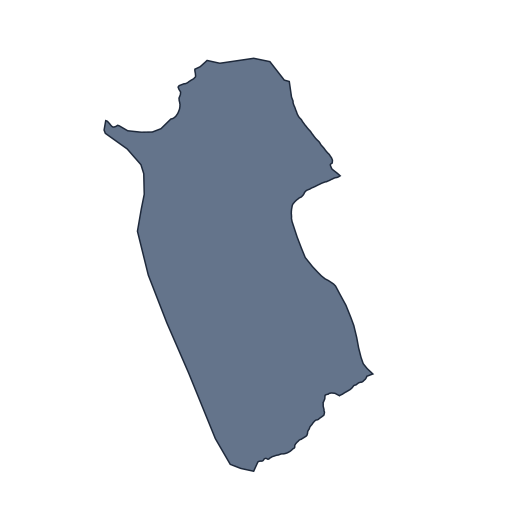 Arhab, Sana'a, Yemen (Robinson projection), rotated 159°
{"feature_id": "15242507B7161166402599", "entity_name": "Arhab", "entity_type": "district", "adm_level": 2, "iso_a3": "YEM", "parent_name": "Yemen", "parent_adm1": "Sana'a", "projection": "robinson", "projection_center": [44.216, 15.8], "detail": "fine", "context": "isolated", "style": "filled", "palette": "slate", "viewbox_px": 512, "rotation_deg": 159, "n_neighbors": 0, "source": "geoboundaries", "source_scale": "gbopen_adm2", "svg_char_len": 5969}
<svg xmlns="http://www.w3.org/2000/svg" viewBox="0 0 512 512"><g transform="rotate(159 256 256)"><path d="M347.8,436.2L352.7,428.0L352.7,424.5L339.8,405.0L337.9,402.1L330.7,382.5L331.3,373.0L337.4,356.0L338.2,353.7L346.3,340.9L357.8,321.6L363.4,276.8L363.2,225.6L360.8,170.5L359.4,100.1L354.7,70.7L346.3,63.1L335.3,55.9L328.1,63.0L327.4,63.2L326.6,63.2L325.2,62.9L324.6,62.6L324.0,62.4L323.3,62.4L322.7,62.5L322.0,62.9L321.4,63.4L320.8,63.7L320.1,63.7L319.4,63.6L318.8,63.2L317.9,62.1L317.3,61.9L316.6,61.9L316.0,62.2L315.3,62.4L314.7,62.5L313.9,62.6L313.2,62.8L311.8,62.8L311.1,62.7L309.7,62.7L308.3,62.6L307.6,62.5L307.0,62.3L306.4,62.2L304.9,62.2L304.2,62.2L303.5,62.2L302.8,62.0L300.8,61.3L300.0,61.2L299.4,61.1L298.7,61.1L298.0,61.0L297.4,61.0L296.5,61.1L295.7,61.2L295.0,61.3L294.3,61.4L293.6,61.6L292.7,61.9L292.1,62.1L290.8,62.7L290.2,62.8L289.4,62.9L288.8,63.2L288.3,63.7L288.1,64.3L287.8,65.1L287.4,65.6L286.8,66.0L286.1,66.6L285.4,66.9L284.5,67.4L282.9,68.0L282.1,68.4L281.5,68.7L280.7,68.8L280.0,68.7L279.3,68.7L279.2,68.8L278.5,68.9L277.6,69.1L276.7,69.2L276.1,69.4L275.3,69.5L274.5,69.7L273.6,69.9L273.0,70.2L272.4,70.7L272.0,71.3L271.5,71.9L271.1,72.7L270.8,73.4L270.2,74.0L269.7,74.5L269.1,74.9L268.5,75.3L268.0,75.8L267.5,76.5L266.9,77.1L266.3,77.5L265.1,78.2L264.4,78.5L263.1,79.4L262.5,79.8L261.2,80.5L260.4,80.9L259.8,81.1L259.1,81.3L258.4,81.3L257.7,81.1L257.1,81.1L256.4,81.1L254.8,81.7L253.5,82.0L251.9,82.4L251.3,82.6L250.5,82.8L249.8,83.0L249.3,83.6L248.8,84.3L248.4,85.0L248.0,85.7L248.0,86.4L248.0,87.2L247.7,87.8L247.5,88.5L247.4,89.4L247.3,90.1L247.2,90.9L247.1,91.7L246.6,93.0L246.3,93.7L246.1,94.4L245.8,95.3L245.2,95.6L244.7,96.2L244.2,96.7L243.7,97.3L243.2,97.7L242.8,98.3L242.2,99.7L241.8,100.5L241.5,101.1L240.9,101.4L238.9,101.3L238.2,101.1L236.9,101.5L234.6,101.1L231.5,99.5L228.1,95.6L227.7,95.8L227.1,95.9L226.2,95.9L225.5,96.0L224.8,96.0L224.2,96.2L223.5,96.3L222.8,96.5L222.1,96.6L221.4,96.8L220.7,96.8L219.9,96.9L219.2,97.1L218.5,97.1L217.9,97.3L217.0,97.4L216.3,97.5L214.2,98.2L213.0,98.8L212.4,99.2L211.8,99.6L211.1,100.0L210.4,100.0L209.7,100.0L209.0,99.8L208.4,100.0L207.0,100.4L206.4,100.6L205.7,100.8L204.9,100.8L204.2,100.7L203.5,100.7L202.9,100.4L202.1,100.4L201.4,100.5L200.8,100.7L200.2,101.0L198.1,101.8L197.5,102.2L197.0,102.6L196.4,103.1L196.0,103.6L195.7,104.0L189.2,104.0L192.6,111.1L194.5,117.0L194.3,123.6L193.1,133.6L191.2,143.8L189.6,156.1L189.5,163.6L189.5,165.0L189.7,177.7L191.4,190.4L192.5,199.4L193.6,202.0L197.1,207.0L199.7,209.9L202.1,214.0L204.3,219.0L207.1,225.9L210.6,236.9L210.8,247.0L210.8,258.8L210.0,275.3L209.5,277.9L209.4,278.5L209.0,279.3L208.7,280.0L208.5,280.8L208.2,281.5L208.0,282.4L207.8,283.1L207.5,283.8L207.2,284.4L206.9,285.3L206.5,285.9L206.2,286.6L205.8,287.3L205.3,288.1L204.4,289.6L203.9,290.3L203.4,290.9L202.7,291.4L202.1,291.8L201.4,292.1L200.8,292.5L200.2,292.8L198.1,293.7L197.4,293.9L196.7,294.1L196.0,294.3L194.6,294.8L193.2,294.8L192.5,294.9L191.8,295.2L191.2,295.5L190.5,295.8L189.9,296.2L189.3,296.6L188.7,297.1L188.2,297.7L187.6,298.1L187.0,298.4L185.8,299.0L185.1,299.1L184.5,299.2L182.9,299.2L182.2,299.2L181.6,299.2L180.9,299.4L180.2,299.5L179.5,299.6L178.2,299.6L177.5,299.6L176.8,299.7L176.0,299.7L175.3,299.8L174.3,299.9L173.4,300.0L172.6,300.1L171.8,300.1L171.2,300.2L170.5,300.2L169.7,300.3L168.9,300.4L168.2,300.4L165.8,300.4L165.1,300.4L164.5,300.3L163.7,300.1L163.1,300.1L162.4,300.2L160.9,300.2L160.2,300.3L159.5,300.3L158.6,300.5L157.9,300.5L157.1,300.5L155.6,300.7L154.9,300.7L154.2,300.7L153.6,300.6L152.8,300.4L152.2,300.3L150.8,300.3L150.1,300.4L149.3,300.6L148.7,300.7L149.8,302.9L153.2,308.7L154.0,310.2L154.1,313.3L154.0,314.5L153.6,314.9L153.0,315.2L152.4,315.3L151.7,315.4L151.3,315.9L150.9,316.7L150.3,318.0L150.3,320.4L150.4,320.9L150.6,321.7L150.8,322.5L151.0,323.3L151.1,324.1L151.3,324.7L151.6,325.5L152.0,326.2L152.3,326.9L152.5,327.5L153.1,329.2L153.3,329.8L153.5,330.6L153.7,331.4L154.2,333.1L154.5,333.7L154.7,334.4L155.3,335.8L155.5,336.5L155.7,337.4L155.8,338.3L156.1,339.7L156.4,340.5L156.7,341.2L157.1,341.9L157.7,343.3L158.0,344.0L158.3,344.7L158.5,345.5L158.8,346.3L159.5,349.0L159.8,349.8L160.0,350.6L160.3,352.1L160.5,352.8L161.0,354.2L161.4,355.0L161.6,355.7L161.9,356.3L162.1,357.0L162.4,357.8L162.6,358.7L162.8,359.4L163.1,360.0L163.6,361.7L163.7,362.3L164.0,363.3L164.3,364.3L164.5,365.3L164.6,365.9L164.7,366.7L164.9,367.3L165.2,368.1L165.6,368.9L165.9,369.7L166.1,370.4L166.3,371.1L166.4,372.0L166.6,373.5L166.6,375.0L166.5,375.8L166.6,378.5L166.5,379.3L166.5,380.0L166.5,381.6L166.6,382.3L166.6,383.0L166.6,384.4L166.5,385.1L166.4,386.1L166.1,386.8L165.9,387.5L165.9,388.2L165.9,390.1L165.9,391.0L165.9,391.6L162.4,407.0L166.6,410.1L167.5,413.2L168.7,417.1L173.3,432.2L173.4,432.5L187.3,441.4L220.7,448.9L231.6,456.1L234.3,455.0L240.4,452.7L246.1,452.3L246.5,451.4L246.7,450.7L247.0,449.3L247.1,448.5L247.5,447.1L247.7,446.3L247.9,445.7L248.2,445.1L248.7,444.7L249.5,444.4L250.7,443.8L251.3,443.7L252.0,443.6L252.7,443.5L253.4,443.4L254.0,443.3L254.8,443.1L255.4,443.0L255.9,442.9L256.8,442.6L257.5,442.4L258.1,442.3L258.9,442.2L260.2,442.2L260.8,442.3L261.3,442.6L266.7,442.6L268.2,441.6L268.2,441.2L268.2,439.1L267.6,436.1L268.3,434.7L268.8,433.7L271.3,431.0L271.4,430.8L271.5,430.1L271.8,429.4L272.0,428.6L272.2,427.0L272.3,426.3L272.5,425.6L272.6,424.8L272.9,424.1L273.2,423.5L273.5,422.7L274.0,421.9L274.3,421.3L274.7,420.7L275.3,419.9L275.9,419.3L276.3,418.8L276.8,418.3L277.5,417.6L278.1,417.0L278.7,416.6L279.9,415.8L280.4,415.4L281.1,415.1L281.8,414.8L282.4,414.6L283.1,414.4L283.8,414.2L284.5,414.2L285.1,414.2L286.4,414.4L299.1,408.9L308.4,408.9L318.8,412.7L330.9,418.9L337.0,426.5L338.3,427.6L338.7,427.5L339.3,427.4L340.0,427.2L341.2,427.2L341.9,427.2L342.5,427.4L343.1,427.5L343.5,427.9L344.0,428.5L344.4,429.3L344.7,430.1L345.1,431.4L345.3,432.1L345.6,432.8L345.9,433.6L346.0,433.9L346.3,434.6L346.6,435.2L347.1,435.7L347.6,436.0L347.8,436.2Z" fill="#64748b" stroke="#1e293b" stroke-width="1.5"/></g></svg>